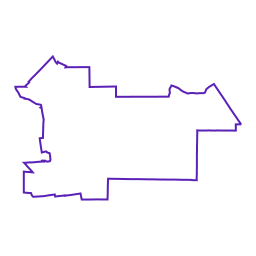 outline of Marzanesti, Teleorman, Romania
{"feature_id": "2599482B49744648639079", "entity_name": "Marzanesti", "entity_type": "district", "adm_level": 2, "iso_a3": "ROU", "parent_name": "Romania", "parent_adm1": "Teleorman", "projection": "mercator", "projection_center": [25.534, 43.939], "detail": "fine", "context": "isolated", "style": "outline", "palette": "violet", "viewbox_px": 256, "rotation_deg": 0, "n_neighbors": 0, "source": "geoboundaries", "source_scale": "gbopen_adm2", "svg_char_len": 5233}
<svg xmlns="http://www.w3.org/2000/svg" viewBox="0 0 256 256"><path d="M240.6,124.1L240.5,123.9L240.6,123.7L240.2,123.1L240.1,122.8L239.9,122.6L239.7,122.3L239.5,122.1L239.2,121.6L238.4,120.5L237.9,119.7L237.2,118.7L236.7,118.0L236.6,117.7L236.4,117.4L236.0,116.9L235.6,116.3L235.0,115.5L234.6,114.9L234.1,114.2L233.4,113.2L232.8,112.3L232.4,111.6L231.7,110.7L231.1,109.7L230.8,109.4L230.0,108.2L229.5,107.4L229.0,106.6L228.5,105.8L228.0,105.0L227.6,104.5L227.4,104.1L226.8,103.3L226.4,102.7L225.4,101.0L224.9,100.3L224.3,99.4L223.2,97.9L222.9,97.3L222.3,96.4L221.3,95.0L213.9,84.0L209.0,87.0L206.4,89.1L205.4,91.5L205.2,92.1L204.9,92.5L204.7,92.7L204.6,92.8L204.3,92.9L203.9,93.0L203.4,93.1L203.2,93.2L202.8,93.2L202.1,93.1L201.5,93.1L200.9,93.1L200.2,93.1L199.7,93.1L199.1,93.2L198.3,93.3L198.0,93.3L197.3,93.4L196.7,93.4L196.2,93.4L195.9,93.4L195.3,93.3L195.1,93.2L194.7,93.2L194.3,93.1L194.1,93.1L193.8,93.1L193.1,93.0L192.7,93.0L192.4,93.0L192.1,93.0L191.7,93.0L191.0,93.0L190.5,93.1L190.1,93.1L189.9,93.1L189.6,93.1L189.3,93.2L188.7,93.4L188.4,93.4L188.3,93.5L188.1,93.5L187.8,93.4L187.3,93.4L187.2,93.4L186.9,93.1L186.5,92.9L186.0,92.7L185.6,92.6L185.2,92.5L185.1,92.4L184.8,92.3L184.4,92.1L184.0,91.9L183.8,91.8L183.5,91.7L183.3,91.6L183.1,91.5L182.8,91.4L182.3,91.1L182.0,90.8L181.7,90.6L181.3,90.4L181.2,90.4L181.0,90.2L180.7,90.0L180.3,89.6L180.0,89.3L179.7,89.1L179.4,88.9L179.2,88.8L179.2,88.7L178.9,88.4L178.7,88.3L178.4,88.2L178.0,88.0L177.6,87.7L177.4,87.7L177.0,87.5L176.9,87.5L176.9,87.4L176.5,87.3L176.4,87.2L176.2,87.2L175.9,87.1L175.7,87.0L175.5,86.9L175.3,86.8L175.1,86.8L174.9,86.7L174.7,86.6L174.4,86.5L174.3,86.4L174.2,86.4L173.6,86.2L173.3,86.0L173.2,86.0L173.0,85.9L172.9,85.9L171.4,85.5L171.2,86.3L169.7,88.6L169.5,90.0L169.9,93.1L169.2,94.3L168.7,96.7L158.3,96.7L116.0,96.8L116.0,86.5L89.6,87.0L89.4,68.7L89.3,67.1L72.6,67.2L67.2,67.2L65.5,67.4L66.1,65.9L60.0,63.1L59.1,62.8L58.0,61.7L57.1,63.6L56.6,63.1L55.5,61.8L54.7,60.1L52.8,56.5L42.0,67.9L34.6,75.5L32.4,77.6L28.6,81.8L29.1,82.5L25.2,86.2L25.8,86.8L22.5,86.7L15.4,86.8L15.6,88.2L16.4,89.9L18.1,92.2L20.4,96.8L22.2,97.4L24.4,98.0L24.4,98.6L25.8,98.8L27.0,99.0L28.5,99.3L29.4,99.6L29.5,99.8L29.6,100.0L30.0,100.1L30.3,100.2L32.4,101.6L32.7,101.8L33.3,102.1L34.0,102.6L35.0,103.2L36.2,103.9L36.5,104.0L36.9,104.1L38.8,104.4L39.5,104.5L40.0,104.6L40.5,104.7L40.9,104.8L41.0,104.9L41.1,105.1L41.2,106.1L41.4,106.9L41.2,107.1L40.9,107.3L40.6,107.5L40.4,107.6L40.5,107.7L40.8,107.7L41.2,107.6L41.4,107.5L41.5,107.6L41.6,108.2L41.9,109.7L42.0,111.1L42.7,114.5L43.0,116.3L43.2,117.2L43.5,118.9L43.7,119.7L43.4,122.7L43.2,128.7L43.1,132.0L43.0,135.0L43.0,137.9L39.7,138.3L39.9,140.1L40.3,142.7L40.6,144.7L40.9,147.0L41.1,148.2L41.5,150.5L41.6,151.0L41.8,152.5L42.3,152.4L44.8,151.7L45.5,151.5L46.1,151.5L46.4,151.5L46.5,151.6L46.7,151.9L46.7,152.1L46.8,152.2L48.3,152.9L49.3,153.0L49.5,153.1L49.7,153.5L50.1,156.1L50.4,159.4L50.5,159.8L50.2,160.4L50.1,160.9L49.9,161.1L49.7,161.2L48.6,161.4L48.5,161.5L47.3,161.6L46.3,161.5L46.1,161.3L45.6,160.9L45.3,160.7L44.2,160.7L44.2,161.1L43.7,161.2L43.8,161.7L43.2,161.7L42.8,161.5L42.7,161.0L42.7,160.7L42.4,160.5L42.1,160.6L41.8,160.8L41.5,161.1L41.4,161.3L41.2,161.7L40.7,161.7L38.2,161.8L34.7,162.2L32.0,162.4L30.9,162.5L30.4,162.3L27.2,162.6L25.0,162.8L24.1,162.8L25.8,164.6L27.4,166.5L29.0,168.2L32.6,172.1L32.8,172.4L30.1,172.1L26.7,171.9L23.8,171.6L23.8,176.8L23.8,192.5L24.4,192.6L26.8,192.8L29.7,193.0L31.1,193.1L31.2,193.5L31.4,194.3L31.9,195.3L32.8,196.5L33.4,196.8L36.4,196.6L41.0,196.3L43.4,196.2L45.2,195.9L47.7,195.5L49.5,195.2L50.4,195.1L54.8,194.5L55.1,196.5L58.0,196.2L62.4,195.7L64.8,195.4L64.7,195.7L64.7,195.8L72.0,194.8L80.5,193.5L81.7,199.5L85.5,199.5L91.5,199.5L97.0,199.4L107.5,199.5L107.7,194.2L107.8,187.9L107.9,183.5L108.1,178.7L113.0,178.8L115.6,178.9L119.3,178.9L129.1,179.1L132.9,179.1L136.5,179.1L141.3,179.2L147.0,179.3L150.3,179.3L155.6,179.4L159.2,179.5L163.3,179.5L168.4,179.6L169.6,179.6L170.7,179.6L174.7,179.6L178.6,179.7L181.2,179.8L182.8,179.8L186.5,179.8L190.3,179.9L191.5,179.9L191.6,180.0L191.8,180.1L192.2,180.1L193.2,180.1L194.7,180.2L195.8,180.1L196.7,180.2L196.7,179.7L196.7,179.1L196.7,177.6L196.7,176.0L196.8,174.8L196.8,173.3L196.8,171.8L196.8,170.8L196.8,169.6L196.9,167.8L196.9,167.4L196.9,165.0L196.9,163.8L196.9,162.4L196.9,160.4L196.9,158.2L196.9,156.9L196.9,156.4L196.9,155.6L196.9,154.4L196.9,153.4L197.0,152.1L197.0,151.4L197.0,150.3L197.0,149.3L197.0,148.5L197.0,146.2L197.0,145.2L197.1,144.1L197.1,142.8L197.1,142.0L197.1,140.2L197.2,138.8L197.2,137.9L197.2,136.8L197.2,134.7L197.3,133.9L197.4,133.7L197.3,133.4L197.2,131.1L197.2,130.4L199.6,130.5L201.2,130.5L203.4,130.5L204.9,130.5L205.6,130.5L205.9,130.5L207.0,130.5L208.2,130.4L209.1,130.4L210.2,130.5L211.4,130.5L214.4,130.5L215.6,130.6L216.8,130.5L216.9,130.4L219.5,130.5L220.2,130.5L221.4,130.5L222.1,130.5L223.1,130.5L224.2,130.5L224.9,130.5L225.7,130.5L226.2,130.5L227.4,130.5L229.1,130.5L229.6,130.5L230.1,130.5L230.6,130.5L231.2,130.5L231.8,130.5L232.2,130.5L233.2,130.6L234.0,130.6L235.1,130.6L235.6,130.6L235.8,130.6L235.8,128.9L235.8,126.9L235.8,125.9L235.8,124.7L235.8,124.3L236.5,124.3L238.9,124.3L239.8,124.3L240.5,124.3L240.6,124.1Z" fill="none" stroke="#5b21b6" stroke-width="2"/></svg>